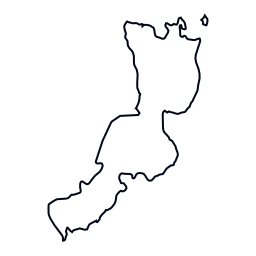 the Province of East New Britain
{"feature_id": "PNG-1250", "entity_name": "East New Britain", "entity_type": "Province", "adm_level": 1, "iso_a3": "PNG", "parent_name": "Papua New Guinea", "parent_adm1": "", "projection": "equal_earth", "projection_center": [151.672, -5.126], "detail": "fine", "context": "isolated", "style": "outline", "palette": "ink", "viewbox_px": 256, "rotation_deg": 0, "n_neighbors": 0, "source": "natural_earth", "source_scale": "10m", "svg_char_len": 3978}
<svg xmlns="http://www.w3.org/2000/svg" viewBox="0 0 256 256"><path d="M136.0,108.2L137.0,106.4L138.6,102.7L139.1,100.7L139.5,98.4L139.6,95.8L139.7,95.5L139.9,95.2L140.1,94.9L140.2,94.2L140.0,93.6L139.6,93.2L139.2,93.0L139.0,92.7L138.8,91.5L137.7,88.9L137.3,87.7L137.2,83.3L137.6,74.2L136.8,69.9L135.1,66.7L134.2,64.7L133.9,62.0L133.9,57.1L133.6,54.9L132.8,52.4L131.7,50.6L129.1,47.8L128.2,46.2L127.9,45.1L127.7,44.2L127.6,41.9L127.3,40.6L125.9,38.8L125.3,37.7L125.2,36.5L125.4,35.5L125.7,34.8L125.9,34.2L125.8,33.1L124.8,30.0L124.3,27.4L124.4,25.6L125.4,23.8L127.0,21.5L128.3,22.1L132.9,23.3L136.2,23.1L137.3,23.4L138.8,24.3L139.6,24.6L140.7,24.4L141.8,24.0L142.5,24.3L142.5,26.2L143.9,25.0L145.6,24.8L149.0,25.3L150.1,25.7L153.1,27.5L153.9,28.4L154.4,30.6L154.8,33.4L155.5,35.9L157.1,37.0L158.9,37.4L162.4,38.8L164.2,38.5L165.2,37.4L167.9,32.7L168.4,30.5L167.3,28.6L165.9,26.9L165.3,25.3L166.1,23.2L167.5,23.4L169.2,24.6L170.7,25.3L171.4,25.2L172.3,25.0L173.0,24.6L173.3,24.2L173.7,23.9L175.9,24.6L176.7,24.6L177.8,22.9L178.2,20.5L178.9,18.3L180.8,17.6L182.1,19.6L183.6,21.2L184.8,23.0L185.8,28.0L185.6,28.9L184.5,29.3L183.9,29.2L182.5,28.8L181.9,28.4L181.7,27.6L181.5,26.3L181.1,25.2L180.1,25.3L179.7,26.4L179.7,28.0L180.1,30.7L180.2,35.0L180.8,36.3L182.5,37.0L182.9,36.7L183.5,36.2L184.2,35.8L185.3,36.1L186.0,36.9L186.5,37.9L187.3,38.8L188.4,39.3L193.6,40.0L195.0,40.0L198.5,38.6L199.7,38.6L200.2,40.4L199.9,42.1L195.8,54.7L195.4,58.5L196.1,62.3L198.6,69.3L199.5,73.7L199.6,78.4L198.1,85.7L197.5,90.5L192.2,101.7L191.3,102.4L191.0,102.9L189.6,106.7L189.0,107.3L187.6,108.5L185.8,111.1L184.7,112.0L181.1,112.7L178.5,113.8L176.7,113.8L172.5,112.5L171.3,112.3L169.5,111.7L168.6,111.5L167.6,112.5L166.5,112.0L164.7,110.7L163.2,112.1L162.7,114.5L163.0,127.7L163.5,130.6L164.3,132.3L168.5,136.9L169.0,137.7L169.3,138.8L169.7,139.6L170.5,140.1L172.1,140.8L175.6,146.5L176.0,148.5L177.6,152.7L177.8,155.4L175.3,161.5L174.9,161.8L174.4,162.5L174.0,163.4L173.9,164.2L173.6,165.0L172.8,165.3L171.9,165.3L171.0,165.4L167.0,168.2L166.4,168.9L163.0,173.8L162.3,174.1L159.6,174.6L156.9,176.0L155.9,176.1L154.6,177.0L153.2,178.8L151.5,180.4L149.3,180.7L147.5,179.5L145.1,175.5L143.6,173.8L142.0,173.3L140.0,173.0L137.9,173.3L136.5,174.2L134.5,177.9L133.6,178.4L132.6,178.1L132.3,177.2L132.3,176.1L131.9,175.0L130.4,174.0L124.8,173.8L121.9,173.4L120.7,173.9L119.6,175.4L119.1,177.8L119.6,179.7L120.4,181.3L120.8,182.7L121.2,183.1L123.2,183.2L123.9,183.5L126.2,186.5L126.4,188.5L125.0,190.4L122.8,191.4L120.8,190.8L119.5,191.7L118.0,193.3L116.7,195.0L116.2,196.5L116.0,198.7L115.6,200.9L115.0,202.7L114.2,204.2L111.6,207.5L110.5,208.4L107.9,209.8L106.7,210.2L105.9,210.0L104.8,211.9L101.7,214.9L100.3,216.9L99.8,218.0L99.7,218.9L99.4,219.7L97.3,222.1L96.7,222.0L96.3,220.7L91.7,223.0L89.3,224.5L88.3,226.5L87.1,229.4L84.5,229.7L79.8,228.4L73.8,230.2L72.8,231.1L72.1,232.1L70.5,231.0L67.7,227.7L67.2,227.7L66.8,228.9L66.3,230.2L66.0,231.5L66.8,234.1L66.4,235.5L65.8,236.8L65.1,239.6L64.2,240.4L63.0,240.6L62.9,237.3L62.6,236.5L61.9,235.1L54.6,225.4L50.4,218.6L49.3,216.0L48.6,213.9L48.5,208.5L48.6,205.4L48.8,204.5L49.1,204.1L53.4,201.1L56.0,199.7L57.4,199.2L66.4,198.6L68.0,198.1L69.3,197.1L71.1,195.1L71.7,194.7L72.6,194.7L73.6,194.8L79.8,192.8L80.5,192.0L80.7,191.2L80.7,190.0L80.4,188.9L80.1,187.4L80.1,185.6L80.3,183.3L80.7,182.3L81.3,181.6L81.8,181.4L82.2,181.4L82.7,181.6L85.5,183.5L86.7,184.1L87.8,184.1L88.7,183.6L89.7,182.6L94.1,176.7L95.4,175.4L99.6,171.9L101.3,169.6L102.1,167.8L102.6,166.1L102.5,164.9L102.2,164.0L101.7,163.5L101.1,163.3L100.2,163.2L98.3,163.5L97.3,163.4L96.5,163.2L96.0,162.6L95.9,161.3L102.7,140.5L110.9,122.9L111.7,121.6L119.6,116.2L120.2,115.9L138.2,115.0L139.1,113.8L139.5,113.1L136.1,108.2L136.0,108.2ZM205.9,17.0L207.3,18.9L207.5,21.0L207.1,23.1L206.4,25.3L205.9,25.3L205.4,25.0L203.5,24.4L203.1,24.2L203.0,22.7L202.8,21.6L202.3,20.6L201.3,19.9L203.4,18.0L204.1,17.0L204.8,15.4L205.6,16.5L205.9,17.0Z" fill="none" stroke="#020617" stroke-width="2"/></svg>